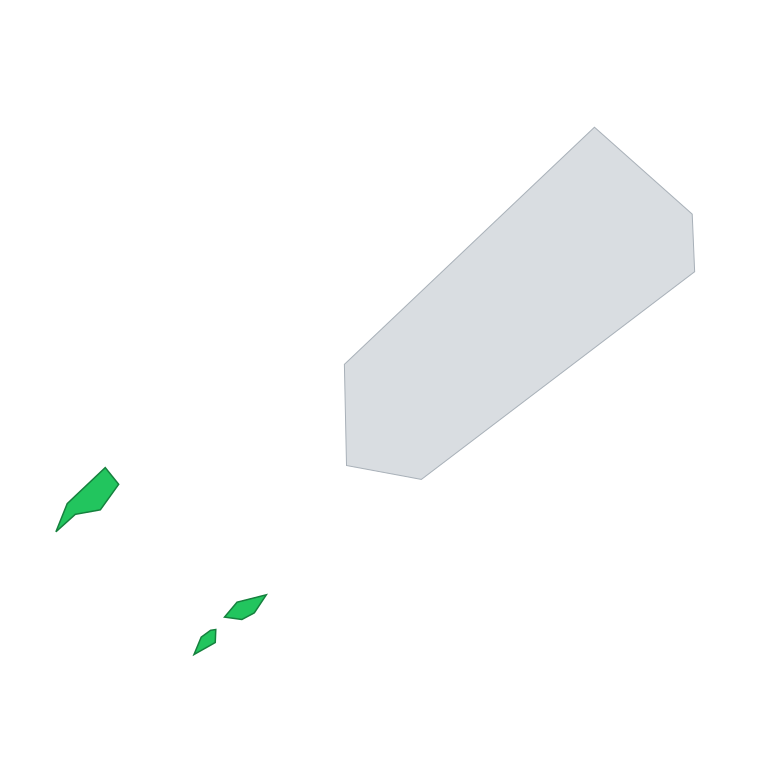 United States Virgin Islands highlighted among its neighbors, rotated 138°
{"feature_id": "VIR", "entity_name": "United States Virgin Islands", "entity_type": "country or territory", "adm_level": 0, "iso_a3": "VIR", "parent_name": "North America", "parent_adm1": "", "projection": "natural_earth1", "projection_center": [-64.793, 18.043], "detail": "fine", "context": "with_neighbors", "style": "filled", "palette": "green", "viewbox_px": 768, "rotation_deg": 138, "n_neighbors": 1, "source": "natural_earth", "source_scale": "50m", "svg_char_len": 543}
<svg xmlns="http://www.w3.org/2000/svg" viewBox="0 0 768 768"><g transform="rotate(138 384 384)"><path d="M78.0,259.6L420.1,288.1L466.4,348.5L400.3,425.1L55.8,434.0L41.3,304.0L78.0,259.6Z" fill="#d9dde1" stroke="#a8b0b8" stroke-width="1"/><path d="M679.0,480.3L700.6,493.7L726.7,493.7L699.4,507.1L647.1,508.4L648.3,487.0L679.0,480.3ZM658.5,317.5L639.2,320.2L612.5,306.1L633.5,300.7L647.2,304.1L658.5,317.5ZM706.2,310.1L689.2,318.2L677.7,317.0L673.3,314.1L682.4,304.8L706.2,310.1Z" fill="#22c55e" stroke="#15803d" stroke-width="1.5"/></g></svg>